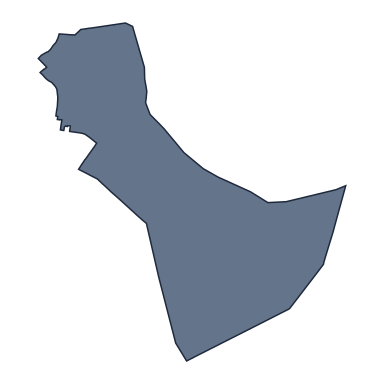 Al Hali, Al Hudaydah, Yemen (Mercator projection)
{"feature_id": "15242507B48725764908659", "entity_name": "Al Hali", "entity_type": "district", "adm_level": 2, "iso_a3": "YEM", "parent_name": "Yemen", "parent_adm1": "Al Hudaydah", "projection": "mercator", "projection_center": [42.962, 14.788], "detail": "fine", "context": "isolated", "style": "filled", "palette": "slate", "viewbox_px": 384, "rotation_deg": 0, "n_neighbors": 0, "source": "geoboundaries", "source_scale": "gbopen_adm2", "svg_char_len": 2614}
<svg xmlns="http://www.w3.org/2000/svg" viewBox="0 0 384 384"><path d="M59.2,33.9L58.0,38.0L55.8,42.7L54.1,44.4L53.4,45.2L50.5,49.4L47.8,52.0L47.0,52.0L41.4,55.2L38.3,58.5L45.6,66.0L46.2,66.7L46.7,67.2L46.0,67.8L44.0,69.5L43.8,69.3L41.2,71.5L40.1,72.5L43.1,75.4L44.1,76.6L45.7,78.3L45.8,78.5L48.4,80.6L48.7,80.8L51.7,82.4L55.5,86.7L56.8,89.1L56.9,90.1L57.0,90.4L57.8,97.3L57.7,99.7L57.7,100.4L57.6,101.4L57.6,101.8L57.3,106.8L57.2,107.3L57.1,108.1L56.9,108.8L56.5,111.2L55.9,116.0L56.6,116.2L57.8,116.5L57.3,119.5L59.4,119.8L59.7,119.9L59.8,119.6L61.8,119.8L61.8,120.4L61.7,121.0L61.6,121.4L61.2,124.0L61.1,124.8L61.0,125.5L60.9,125.8L60.9,126.3L60.7,127.5L60.7,127.9L60.6,128.5L60.4,129.9L62.0,130.2L62.3,130.3L63.5,130.5L63.8,130.5L64.0,129.5L64.2,128.2L64.2,127.8L64.3,127.5L64.4,127.0L65.1,126.4L65.3,126.1L65.9,126.2L66.1,126.2L67.2,126.5L67.4,125.7L67.7,125.7L69.6,125.9L70.2,125.9L70.3,126.4L70.3,126.6L70.3,126.9L70.2,127.5L70.1,128.0L70.0,128.4L69.8,129.4L69.7,130.3L69.7,130.7L69.6,131.4L69.8,131.5L70.6,131.6L75.0,132.2L77.0,132.5L77.8,132.6L79.3,132.8L81.5,133.2L82.2,133.3L83.7,133.8L84.2,134.0L84.7,134.1L85.0,134.3L85.4,134.5L87.4,135.9L89.4,137.3L89.6,137.5L89.9,137.7L90.9,138.5L91.1,138.7L92.1,139.5L94.1,141.1L94.7,141.6L96.1,142.7L96.6,143.1L95.0,145.7L94.6,146.2L94.2,146.9L94.1,147.1L93.3,148.1L92.5,149.3L92.3,149.6L91.3,150.9L91.0,151.4L90.1,152.6L89.3,153.7L88.5,154.8L88.1,155.4L87.5,156.3L86.8,157.3L86.5,157.7L86.1,158.3L85.3,159.3L84.7,159.9L84.3,160.5L83.8,161.4L83.5,161.7L83.3,162.1L82.6,163.1L81.2,165.2L80.1,167.0L79.2,168.3L78.6,169.3L81.0,170.6L83.3,171.7L83.6,171.9L85.2,172.7L87.4,173.8L90.7,175.6L91.4,175.9L91.7,176.1L97.1,178.8L101.0,182.4L102.6,184.0L102.8,184.1L106.2,187.2L106.7,187.7L107.8,188.7L110.8,191.6L112.0,192.7L115.9,196.1L119.6,199.4L120.0,199.7L131.8,210.5L132.4,211.0L137.4,215.6L142.1,219.8L146.5,223.5L146.8,225.1L158.6,276.6L160.5,284.0L175.7,343.1L186.6,361.0L195.1,356.6L251.0,328.3L289.4,308.8L296.9,299.1L305.4,288.0L310.0,282.0L320.7,268.0L323.5,264.3L324.0,261.8L325.4,257.0L333.4,230.9L333.9,228.8L337.7,214.9L345.2,187.7L345.7,185.7L336.0,189.7L286.1,201.7L267.9,202.6L250.5,191.8L218.1,177.1L203.3,168.7L184.0,152.7L164.0,128.7L158.5,123.0L157.1,121.6L150.1,114.5L149.7,113.5L145.9,103.5L145.6,102.8L146.3,97.1L146.3,96.8L146.6,93.5L146.8,91.2L146.2,87.6L146.0,86.1L145.7,84.8L144.7,79.1L144.4,67.4L141.7,58.0L134.0,31.4L132.7,26.8L132.6,26.4L125.5,23.0L111.9,25.0L93.6,27.7L91.4,28.0L89.4,28.2L84.9,28.9L80.7,29.5L78.9,31.3L76.0,34.0L75.0,34.9L73.7,34.9L69.5,34.7L67.3,34.5L59.2,33.9Z" fill="#64748b" stroke="#1e293b" stroke-width="1.5"/></svg>